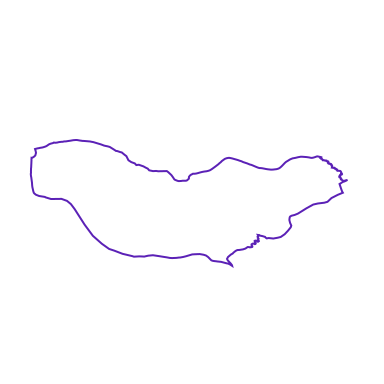 Ngoi, Louangphrabang, Laos, rotated 76°
{"feature_id": "54806243B52412809783440", "entity_name": "Ngoi", "entity_type": "district", "adm_level": 2, "iso_a3": "LAO", "parent_name": "Laos", "parent_adm1": "Louangphrabang", "projection": "equal_earth", "projection_center": [102.68, 20.655], "detail": "fine", "context": "isolated", "style": "outline", "palette": "violet", "viewbox_px": 384, "rotation_deg": 76, "n_neighbors": 0, "source": "geoboundaries", "source_scale": "gbopen_adm2", "svg_char_len": 5938}
<svg xmlns="http://www.w3.org/2000/svg" viewBox="0 0 384 384"><g transform="rotate(76 192 192)"><path d="M187.9,64.0L188.0,66.1L187.9,67.3L187.6,68.4L186.8,70.0L185.9,72.2L185.5,73.4L184.5,76.4L184.1,77.8L184.0,79.1L183.9,80.7L183.9,83.2L183.8,84.9L183.7,86.1L183.9,87.8L184.2,89.3L184.8,91.1L185.5,93.4L186.2,94.8L188.3,98.1L189.1,99.5L189.7,100.7L190.2,102.3L190.3,104.4L190.1,105.9L189.8,108.3L189.4,110.0L188.8,111.6L188.4,112.7L187.7,114.4L186.8,116.3L186.0,118.0L185.5,119.3L185.1,120.7L184.5,121.8L183.6,123.1L182.1,125.1L181.1,126.4L180.0,127.9L179.4,129.1L178.6,130.2L177.7,131.4L176.5,133.3L175.3,135.2L174.2,136.5L173.1,138.3L172.2,139.6L171.2,141.3L170.3,142.9L169.2,144.8L168.4,146.4L168.0,147.3L167.7,148.5L167.6,150.2L167.8,152.1L169.2,155.6L170.1,157.0L170.7,158.4L171.4,159.6L172.1,161.2L172.8,162.8L173.7,165.0L174.5,167.0L175.2,169.1L175.4,170.7L175.4,172.8L175.1,175.3L175.0,177.2L175.0,179.1L175.1,181.8L175.1,183.5L174.9,185.2L174.5,186.7L174.7,187.2L174.9,188.5L175.6,190.1L176.6,191.3L178.3,191.8L179.5,194.0L179.6,195.1L179.2,196.7L178.8,198.3L178.7,199.7L178.4,201.3L178.1,202.6L177.2,204.0L176.1,205.5L175.4,206.1L173.1,206.9L170.6,207.9L166.9,210.3L165.6,211.4L163.7,219.8L162.9,221.7L162.3,224.8L160.6,228.3L158.6,229.3L157.2,231.0L155.4,232.9L152.7,237.0L152.4,239.5L150.4,240.6L148.3,243.7L145.8,246.0L141.3,247.0L139.6,248.4L136.6,250.6L135.9,252.0L134.2,254.6L133.7,255.9L133.1,256.4L131.8,257.6L128.4,260.9L127.3,262.8L126.2,265.1L125.5,266.4L124.9,267.2L123.8,268.8L121.9,272.0L119.7,275.7L118.9,277.5L118.3,278.7L117.8,280.2L117.0,282.5L116.3,284.6L115.8,286.3L115.4,287.1L115.0,288.2L113.9,290.6L113.5,291.8L113.3,292.9L113.0,294.7L112.8,297.7L112.6,299.5L112.4,302.0L112.2,302.8L112.0,304.1L112.0,305.2L111.7,306.7L111.4,309.1L111.4,311.0L111.1,313.0L110.6,314.0L110.9,315.1L110.9,315.6L110.9,317.4L111.1,319.0L111.6,320.4L112.0,321.4L112.4,322.9L112.6,325.4L112.6,326.6L112.4,328.8L112.4,330.0L112.3,331.2L112.3,333.9L114.4,333.8L116.3,333.9L117.0,334.3L118.5,335.1L118.9,335.6L119.2,336.2L119.5,336.7L119.7,337.4L119.9,337.9L120.2,339.0L120.0,339.4L121.9,340.0L122.5,340.1L123.8,340.5L125.2,340.9L126.8,341.4L127.5,341.6L129.2,342.1L130.2,342.5L132.8,343.2L133.5,343.4L134.1,343.5L134.8,343.7L135.3,344.0L135.7,344.1L137.9,344.4L138.7,344.4L142.3,344.8L144.2,345.0L146.9,345.5L148.6,345.7L152.9,345.8L154.5,345.7L155.3,345.3L156.9,344.1L158.9,341.3L161.2,335.9L161.7,335.5L164.7,330.5L167.1,320.3L170.4,315.4L174.5,312.4L180.2,310.0L197.7,304.1L210.5,298.8L220.4,292.0L227.2,286.2L230.1,281.6L235.2,274.3L239.8,265.4L240.7,264.0L241.7,258.7L242.3,256.6L243.1,254.0L243.2,249.9L243.9,245.2L246.3,239.4L248.3,234.7L249.3,232.3L250.6,229.5L251.3,227.3L251.7,225.3L252.2,222.8L252.4,220.8L252.7,219.3L252.9,216.3L252.9,213.5L252.6,206.9L253.0,204.8L253.5,202.3L254.1,199.5L255.7,195.9L257.0,193.8L259.0,192.1L261.4,190.7L262.9,189.8L263.5,189.0L264.0,188.1L264.3,187.3L264.7,186.4L264.9,185.7L265.5,184.3L266.8,180.7L269.5,175.8L270.2,174.3L271.1,173.1L272.2,172.0L273.4,170.9L272.7,170.9L270.8,171.7L267.1,173.8L265.4,174.2L263.8,172.8L262.1,169.4L261.5,167.3L260.9,166.5L259.7,163.9L259.3,162.1L259.7,159.9L260.0,156.4L259.8,153.8L258.9,151.4L259.1,150.6L259.2,150.1L259.4,149.8L259.6,149.5L259.6,149.2L259.7,148.7L259.9,148.4L259.9,147.9L259.7,147.6L259.7,147.1L259.8,146.8L259.6,146.7L259.3,146.8L259.1,146.6L258.8,146.7L258.6,147.0L258.4,147.1L258.0,146.9L257.7,146.9L257.3,146.9L257.2,146.5L256.9,146.2L256.8,145.3L256.9,145.1L257.1,144.7L257.3,144.4L257.6,143.9L257.8,143.7L257.8,143.2L257.5,142.7L257.2,142.6L256.8,142.9L256.5,142.9L256.1,143.2L255.7,143.2L255.4,143.1L255.2,142.8L254.9,142.7L254.6,142.9L254.5,142.7L254.5,142.2L254.6,141.8L254.8,141.3L255.2,141.0L255.4,140.8L255.8,140.8L256.0,140.7L256.2,139.8L256.0,139.6L255.9,139.1L255.6,139.1L255.2,139.0L254.8,139.3L254.4,139.6L254.2,139.4L253.9,139.3L253.5,138.8L253.2,139.0L252.8,139.0L252.4,139.3L252.2,139.2L251.7,139.1L251.2,139.1L251.2,138.5L250.9,138.4L250.4,138.4L249.9,138.3L249.6,138.4L250.1,137.1L250.8,136.5L251.9,134.2L252.7,132.9L253.2,132.0L253.7,131.8L254.7,131.1L255.1,130.7L255.2,128.8L256.5,125.2L256.8,124.5L257.1,120.0L257.1,116.8L255.4,112.3L252.7,108.1L250.1,104.7L248.6,103.8L245.6,104.3L242.7,104.3L240.8,103.6L239.9,103.1L239.5,102.6L239.1,101.2L239.1,98.0L238.6,94.5L235.5,84.9L233.5,77.4L233.6,72.6L234.4,66.2L234.3,62.9L231.6,58.1L230.0,51.2L229.2,45.8L227.9,46.2L225.3,46.5L219.9,46.9L219.7,46.3L219.7,46.0L219.4,45.2L219.1,44.4L218.7,43.3L218.7,42.4L218.6,41.5L218.4,40.2L217.9,38.2L217.9,39.4L217.9,40.3L218.0,41.3L217.8,42.4L217.1,43.2L216.8,43.4L216.6,43.6L215.8,44.5L215.6,44.5L215.8,43.8L215.7,43.8L215.4,44.0L215.2,44.3L214.1,44.3L213.6,44.4L213.4,44.6L213.6,45.1L213.5,45.3L212.9,45.5L212.1,45.0L212.0,44.5L211.9,44.3L211.5,44.4L211.3,44.2L211.3,43.8L211.3,43.4L211.3,42.8L211.3,42.5L211.0,42.1L210.6,42.1L210.4,42.1L209.9,42.3L209.7,42.8L209.3,42.6L208.8,42.5L208.3,42.6L207.6,42.9L207.3,43.4L207.1,44.2L206.8,44.8L206.6,45.7L206.4,45.7L206.1,46.0L205.9,46.0L205.8,45.8L205.7,45.0L205.5,45.5L205.4,46.3L205.2,46.5L204.8,46.3L204.4,46.6L204.3,46.9L204.2,47.4L203.7,47.4L203.6,47.7L203.4,48.2L203.2,48.4L202.8,48.2L202.7,48.4L202.7,49.0L202.5,49.7L202.2,49.8L202.0,50.0L202.0,50.3L200.9,49.8L200.7,50.1L200.4,50.2L200.2,49.8L199.9,49.7L199.7,49.8L199.4,50.0L199.2,50.3L198.9,50.2L198.6,50.2L198.4,50.5L198.2,50.7L198.2,51.4L197.8,51.6L197.6,52.0L197.6,52.5L197.4,52.7L197.1,52.4L196.8,52.3L196.5,52.3L196.2,53.0L195.9,52.9L195.6,52.4L195.4,52.4L195.2,52.6L195.2,53.1L195.0,53.5L194.7,53.7L194.5,54.0L194.3,53.7L194.1,53.8L193.7,54.8L193.5,55.8L193.3,56.2L193.0,56.3L192.9,56.5L192.8,57.5L192.5,57.6L192.2,57.5L191.9,57.6L191.6,57.7L191.3,58.2L191.1,58.6L190.6,58.5L190.3,58.5L190.2,58.7L190.0,59.1L189.9,59.0L189.9,58.1L189.6,58.0L189.4,58.3L189.0,59.1L188.8,59.6L188.7,60.0L188.4,60.3L188.2,60.8L187.8,61.6L187.7,62.5L187.8,63.2L187.9,64.0Z" fill="none" stroke="#5b21b6" stroke-width="2"/></g></svg>